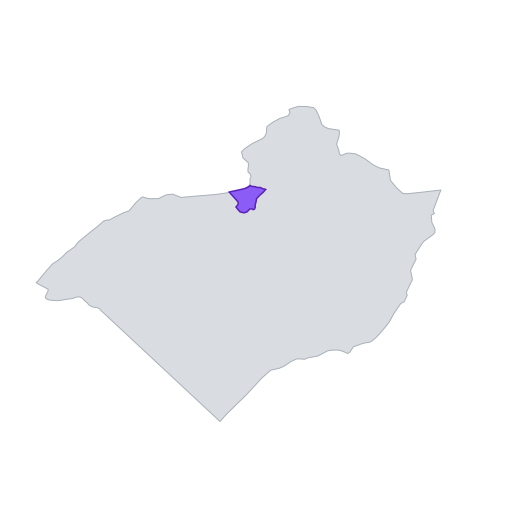 where Buliisa sits in Uganda, rotated 43°
{"feature_id": "UGA-3082", "entity_name": "Buliisa", "entity_type": "County", "adm_level": 1, "iso_a3": "UGA", "parent_name": "Uganda", "parent_adm1": "", "projection": "natural_earth1", "projection_center": [31.416, 2.001], "detail": "fine", "context": "in_parent", "style": "filled", "palette": "violet", "viewbox_px": 512, "rotation_deg": 43, "n_neighbors": 0, "source": "natural_earth", "source_scale": "10m", "svg_char_len": 2786}
<svg xmlns="http://www.w3.org/2000/svg" viewBox="0 0 512 512"><g transform="rotate(43 256 256)"><path d="M342.5,401.6L336.7,401.6L327.3,401.6L317.9,401.6L308.5,401.6L299.1,401.6L289.6,401.6L280.2,401.6L270.8,401.6L261.4,401.6L252.0,401.6L242.6,401.6L233.2,401.6L223.7,401.6L214.3,401.6L204.9,401.6L195.5,401.6L186.1,401.6L180.5,401.6L179.4,401.5L178.6,401.2L175.1,402.0L171.4,404.7L167.5,405.8L163.3,405.3L162.8,405.6L160.7,405.6L157.6,405.4L154.9,406.1L152.8,408.4L150.6,412.5L146.8,417.1L143.7,421.2L141.2,424.1L135.3,428.9L132.1,430.3L130.5,430.1L129.5,429.2L127.7,423.1L126.6,422.1L115.1,425.2L113.4,425.3L113.6,423.4L112.7,409.0L112.6,400.1L114.1,394.6L115.0,388.2L115.0,382.6L117.1,373.0L116.4,367.3L119.1,347.2L119.8,343.9L120.8,334.2L122.5,331.2L124.0,330.1L126.0,324.1L129.7,314.6L132.3,309.7L131.8,299.0L132.2,291.7L132.8,290.1L138.3,287.4L145.5,280.6L148.5,272.7L152.8,267.6L161.1,264.4L185.7,237.2L197.2,222.5L202.1,215.0L202.3,212.3L203.3,208.8L201.3,206.0L198.9,203.5L198.1,201.2L196.0,200.0L193.1,200.1L191.2,198.4L188.9,195.1L186.7,193.0L179.8,193.2L174.4,189.8L174.5,185.2L176.6,176.2L180.6,165.8L180.9,163.0L180.3,160.5L179.3,158.4L177.5,156.4L175.7,153.9L177.1,146.5L179.6,139.1L181.8,135.5L183.8,131.4L183.2,128.1L180.2,126.4L181.8,123.1L185.0,117.6L191.3,112.0L196.8,108.3L200.5,108.3L207.7,111.3L214.2,114.8L217.7,114.9L222.0,113.5L231.0,107.3L233.2,109.3L235.8,113.0L238.6,119.2L244.2,122.1L247.0,124.0L248.9,124.6L250.0,124.1L252.1,119.2L254.7,116.6L259.5,113.2L270.0,110.5L277.5,109.7L280.7,109.1L286.0,107.5L294.5,102.5L302.8,109.0L311.8,110.2L320.5,110.2L323.2,108.2L324.7,106.7L333.9,96.1L346.2,81.7L354.5,102.0L357.4,103.2L357.0,104.9L356.3,106.6L361.7,111.5L368.3,114.1L370.7,116.6L370.9,119.3L368.7,131.2L369.1,134.6L371.3,146.4L375.2,149.1L378.8,161.1L385.9,166.1L386.9,167.6L388.5,173.4L390.7,179.8L392.4,181.2L393.4,181.6L395.5,188.3L394.3,192.1L396.0,203.6L398.6,213.9L399.4,226.2L399.4,231.6L399.3,234.9L398.7,239.6L397.4,242.3L395.2,244.9L392.7,249.0L390.5,253.5L389.1,255.6L390.2,262.3L389.9,264.0L389.3,264.9L386.1,265.9L382.0,267.6L379.5,269.4L376.0,272.8L373.1,276.4L369.4,287.1L363.1,295.5L362.1,298.2L356.1,303.2L353.5,309.3L351.9,316.8L349.6,322.2L344.6,329.6L343.5,341.3L343.6,364.6L342.3,391.2L342.5,401.6Z" fill="#d9dde1" stroke="#a8b0b8" stroke-width="1"/><path d="M192.8,227.5L193.8,225.9L195.1,224.1L198.5,219.2L201.6,214.6L203.1,211.4L203.6,208.4L205.1,208.2L207.1,206.7L208.1,205.9L208.4,205.7L209.9,205.2L212.5,202.9L215.1,202.2L216.9,201.0L217.7,200.7L217.8,204.9L217.3,209.0L217.3,213.7L219.1,216.4L220.6,219.3L222.2,220.8L222.9,222.6L222.4,224.0L220.9,224.3L219.4,225.8L219.4,229.9L217.8,232.6L214.3,234.6L211.0,234.3L207.9,233.8L207.8,230.6L206.1,228.7L192.8,227.5Z" fill="#8b5cf6" stroke="#5b21b6" stroke-width="1.5"/></g></svg>